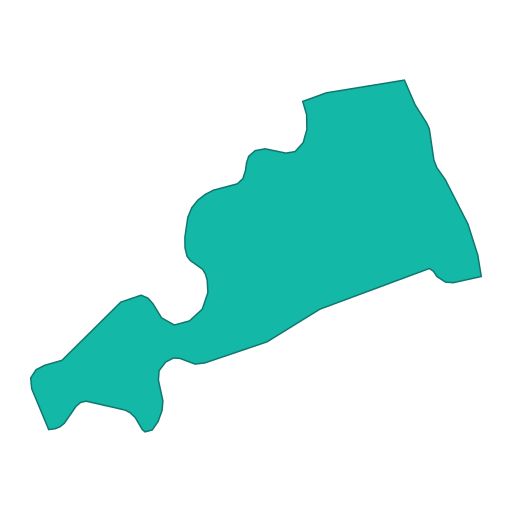 the Province of Fermo
{"feature_id": "ITA-5430", "entity_name": "Fermo", "entity_type": "Province", "adm_level": 1, "iso_a3": "ITA", "parent_name": "Italy", "parent_adm1": "", "projection": "robinson", "projection_center": [13.497, 43.091], "detail": "fine", "context": "isolated", "style": "filled", "palette": "teal", "viewbox_px": 512, "rotation_deg": 0, "n_neighbors": 0, "source": "natural_earth", "source_scale": "10m", "svg_char_len": 1089}
<svg xmlns="http://www.w3.org/2000/svg" viewBox="0 0 512 512"><path d="M404.4,80.1L415.2,105.0L426.4,122.6L429.3,128.8L433.9,160.1L436.8,167.6L445.3,179.7L468.0,224.2L477.8,255.2L481.3,276.5L453.3,282.7L445.5,282.1L436.9,276.5L433.4,271.2L429.3,268.5L319.8,309.2L267.1,341.8L204.9,362.9L195.1,364.1L179.9,358.4L173.5,358.0L165.6,362.1L159.1,370.7L158.4,380.1L162.9,400.9L162.1,410.3L158.2,421.3L152.3,429.9L145.1,431.9L142.3,429.6L135.2,417.5L130.4,412.9L125.1,410.1L86.2,401.2L80.6,402.4L76.0,406.4L64.4,423.2L60.1,426.7L55.2,428.7L48.7,429.6L31.7,388.7L30.7,377.9L36.1,369.7L44.4,365.4L62.0,360.3L120.8,302.1L141.1,295.2L147.9,298.1L153.0,303.8L161.5,317.8L174.3,325.0L189.5,320.9L202.3,309.1L207.9,292.6L207.2,280.3L205.6,274.5L202.7,269.4L190.4,260.6L187.1,256.4L185.0,247.9L184.9,237.2L187.8,217.4L191.8,207.7L197.9,200.1L205.4,194.3L213.4,190.2L237.4,183.8L242.9,178.6L245.5,170.5L246.5,163.0L248.7,156.3L255.2,150.6L265.2,148.8L285.9,153.1L295.1,151.6L303.2,142.6L306.9,129.3L306.6,114.6L302.7,101.4L326.4,92.8L404.4,80.1Z" fill="#14b8a6" stroke="#0f766e" stroke-width="1.5"/></svg>